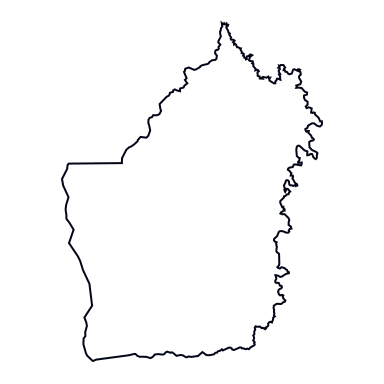 outline of Bonito, Mato Grosso do Sul, Brazil
{"feature_id": "56859067B97300483436171", "entity_name": "Bonito", "entity_type": "district", "adm_level": 2, "iso_a3": "BRA", "parent_name": "Brazil", "parent_adm1": "Mato Grosso do Sul", "projection": "mercator", "projection_center": [-56.337, -20.967], "detail": "fine", "context": "isolated", "style": "outline", "palette": "ink", "viewbox_px": 384, "rotation_deg": 0, "n_neighbors": 0, "source": "geoboundaries", "source_scale": "gbopen_adm2", "svg_char_len": 5922}
<svg xmlns="http://www.w3.org/2000/svg" viewBox="0 0 384 384"><path d="M300.0,69.8L298.9,69.2L297.8,69.4L296.9,70.5L294.3,69.2L293.1,69.7L291.9,73.4L289.6,74.3L288.2,73.7L286.9,71.9L285.4,71.7L284.9,70.3L283.6,70.2L284.0,68.8L285.1,67.6L283.5,65.1L280.8,65.0L279.9,65.9L279.0,65.6L279.3,66.7L278.4,67.7L279.6,67.9L279.9,69.2L278.8,70.3L278.8,71.8L280.2,74.1L279.0,74.5L280.2,76.4L280.0,77.6L280.4,79.7L277.8,78.6L276.9,78.8L276.5,80.3L275.4,81.3L275.3,83.3L274.0,83.4L269.5,80.6L269.3,79.1L270.0,77.8L268.8,78.1L268.3,76.6L266.3,77.7L262.9,76.9L262.1,77.5L262.8,78.7L259.8,78.5L259.7,76.5L257.7,75.9L257.5,72.2L258.8,71.2L258.1,70.1L256.9,69.7L255.4,70.3L255.6,68.9L253.2,65.9L253.5,64.1L252.2,63.4L252.9,62.6L252.8,61.4L249.8,60.9L249.0,60.3L250.0,56.9L252.2,55.2L250.4,54.4L248.2,56.2L247.1,56.3L246.5,57.7L246.9,59.0L245.9,59.4L245.6,58.3L244.3,57.6L244.2,56.3L243.1,55.7L243.9,54.1L243.0,53.3L241.7,53.2L241.8,51.8L240.5,49.7L240.9,48.4L239.7,48.3L238.6,47.4L237.0,47.2L236.0,44.5L235.0,43.8L234.1,44.5L233.9,42.8L233.0,42.1L234.6,40.8L233.6,39.8L231.0,39.6L230.6,38.3L231.1,37.5L229.2,34.5L229.9,33.6L228.4,32.4L228.2,30.9L226.4,27.8L226.5,26.4L227.6,26.2L228.1,24.8L226.9,24.7L226.5,23.4L225.1,24.4L224.2,24.3L224.0,23.3L223.0,24.0L221.8,23.0L222.3,26.4L220.9,28.4L220.8,30.5L220.0,31.5L220.2,34.0L220.9,36.3L218.4,41.2L218.3,42.4L220.3,44.6L218.5,47.0L218.8,48.7L217.7,49.9L216.5,49.9L215.5,50.6L215.2,51.8L215.1,53.4L216.9,55.6L216.4,58.8L215.2,59.9L212.0,60.3L209.5,62.0L208.7,63.3L207.5,64.0L202.6,65.1L200.3,66.2L200.0,67.1L196.2,69.3L194.3,69.9L188.8,67.5L185.3,68.7L184.8,71.1L184.0,71.9L186.6,78.3L184.9,79.9L187.3,83.4L184.4,85.6L183.6,87.5L180.1,88.5L180.0,91.2L176.8,90.4L174.8,89.4L173.2,90.3L173.1,91.8L169.9,92.8L169.6,94.5L168.7,95.7L166.6,96.8L159.6,104.1L160.4,109.0L161.1,110.7L159.8,113.5L159.0,114.4L156.6,115.3L153.2,115.2L152.0,117.1L149.6,117.9L148.4,120.0L148.4,123.6L149.0,124.6L150.2,130.4L148.3,135.8L146.3,137.7L140.6,136.9L137.9,139.9L137.5,141.3L134.0,144.5L130.8,146.7L129.2,147.2L126.3,149.8L122.0,158.3L121.9,163.1L68.8,163.6L67.6,165.0L67.1,169.0L62.0,179.0L63.2,185.6L68.5,197.2L66.1,205.1L65.6,209.6L66.4,215.1L66.4,218.8L69.4,222.7L73.6,229.7L69.0,243.1L78.0,256.5L80.2,261.1L83.0,270.1L89.4,283.7L92.1,305.7L84.4,317.5L86.3,322.5L86.9,326.0L85.2,332.1L85.4,336.1L83.6,338.5L83.4,344.2L85.9,353.1L87.1,355.6L92.0,360.3L93.0,361.0L96.3,359.6L128.6,355.3L134.4,353.9L135.5,354.0L137.2,355.7L139.4,356.7L146.0,356.8L150.5,358.1L152.9,356.8L154.8,354.5L158.2,354.1L162.6,354.6L164.1,354.2L165.9,352.2L167.3,351.7L170.6,352.8L171.6,352.3L172.8,352.7L176.5,355.8L180.4,355.0L182.7,355.3L185.8,357.1L186.9,357.3L188.3,356.5L191.4,356.9L198.0,356.0L202.4,352.1L206.5,355.1L209.5,355.2L214.0,354.3L215.3,352.8L216.9,352.7L217.8,351.4L220.2,350.7L221.9,349.3L222.9,350.4L229.0,347.6L230.6,347.7L231.7,348.4L232.3,349.6L234.0,350.0L239.9,347.4L241.0,347.4L241.9,348.4L243.1,348.2L244.9,349.0L245.8,349.2L247.3,348.6L248.8,349.2L250.8,347.2L254.4,345.2L254.7,344.2L254.1,343.4L254.7,342.1L253.2,340.5L254.0,338.8L254.1,337.6L253.3,335.4L254.3,334.4L254.3,331.3L255.2,329.7L254.7,327.7L255.6,326.3L256.8,326.8L260.0,326.6L261.6,328.1L262.9,327.8L265.1,329.2L265.9,328.5L265.3,327.8L267.9,326.2L268.3,325.1L268.1,323.7L269.0,322.4L270.5,321.8L271.9,322.5L273.1,319.3L273.1,317.8L274.8,316.4L273.9,315.7L274.4,313.2L273.9,312.0L274.2,310.0L273.6,308.5L273.8,305.7L276.7,303.8L281.2,304.0L283.1,302.4L285.1,301.5L285.4,300.5L283.5,298.7L282.7,296.6L283.3,295.5L282.5,294.9L280.0,295.3L278.9,294.3L278.1,291.5L278.5,290.2L279.7,289.0L281.2,288.4L282.0,287.2L281.5,285.9L280.0,285.7L278.7,282.9L276.1,282.9L275.4,282.2L275.2,280.9L276.4,278.6L275.4,275.2L277.6,275.5L280.2,276.9L281.8,276.6L286.0,273.9L288.8,273.3L288.9,272.2L287.8,271.8L286.9,269.8L285.5,269.2L284.7,268.1L281.4,267.2L280.0,268.5L278.4,268.1L277.4,267.2L278.9,265.4L279.3,263.9L279.1,254.9L278.9,253.6L276.8,252.1L276.3,250.8L276.9,246.5L276.3,245.6L276.5,244.5L276.0,243.3L276.6,242.2L275.0,241.6L274.0,240.5L274.1,238.9L277.2,236.0L278.7,232.1L279.9,231.1L282.8,231.2L286.1,232.6L288.3,232.7L289.3,231.6L288.8,230.4L289.4,229.4L290.1,228.7L291.4,228.6L290.8,226.5L288.6,224.9L288.7,222.1L289.3,220.1L288.5,218.0L284.6,214.2L281.9,214.2L280.4,213.5L281.2,212.2L282.7,211.5L283.4,210.5L284.6,210.6L284.5,209.1L283.5,208.6L283.4,206.8L282.2,207.1L280.2,202.7L280.3,201.1L283.9,197.5L284.0,196.3L285.4,196.0L287.0,194.4L288.6,194.2L289.0,192.5L290.2,191.6L287.8,188.9L286.7,188.8L285.2,191.9L284.7,191.0L284.3,189.6L285.0,188.5L284.3,187.1L284.0,185.3L285.5,182.5L285.7,181.1L286.5,180.2L287.8,180.3L288.9,181.3L289.3,184.4L290.1,185.3L292.2,185.4L293.3,186.0L295.3,184.9L295.8,186.1L297.3,185.6L297.1,184.3L295.1,183.0L292.4,178.2L293.1,176.8L292.7,175.6L290.7,175.6L291.4,173.1L290.5,172.5L290.0,171.3L287.8,169.7L288.2,168.5L289.5,167.6L292.6,167.1L293.9,164.6L295.1,164.4L301.1,165.4L301.7,163.9L301.7,162.5L298.2,162.9L298.1,161.8L299.1,160.8L299.8,158.1L298.8,157.9L296.8,156.0L296.3,149.7L296.8,146.8L297.6,145.9L298.7,145.6L300.1,146.3L304.5,150.4L307.4,151.4L307.2,155.2L308.6,155.2L310.7,153.9L312.2,154.1L313.3,157.1L314.8,158.6L315.8,159.1L316.8,157.9L316.9,154.7L317.5,153.2L316.3,152.0L312.0,150.0L309.5,147.4L309.2,142.1L310.7,140.9L313.0,140.5L313.9,139.6L313.2,138.4L312.0,137.9L311.2,135.7L308.4,132.8L308.8,131.0L307.8,130.9L306.5,131.7L305.6,130.5L305.3,129.1L307.3,128.0L308.0,125.7L312.0,123.3L314.2,123.4L317.2,125.8L319.9,126.5L321.5,125.2L322.0,123.7L321.9,121.3L320.1,121.3L318.6,117.7L315.0,114.4L314.8,112.8L313.6,112.4L312.3,113.0L311.1,112.6L311.7,108.4L308.8,107.3L306.6,108.1L305.7,106.5L307.6,104.6L307.6,101.8L304.9,99.9L303.9,97.2L304.0,95.5L306.9,94.6L307.1,92.5L304.8,91.7L301.7,88.1L298.7,87.6L296.2,87.8L296.8,86.4L296.3,85.5L300.3,84.2L301.2,81.6L299.1,77.9L299.0,76.7L299.7,75.3L300.8,74.6L300.5,72.1L298.1,70.9L299.2,70.6L300.0,69.8Z" fill="none" stroke="#020617" stroke-width="2"/></svg>